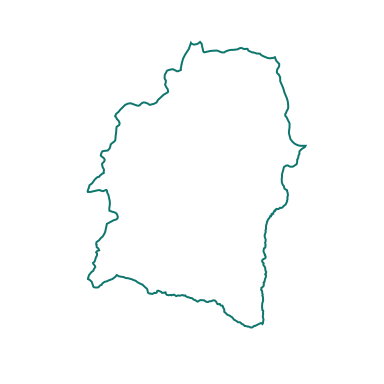 outline of Pimampiro, Imbabura, Ecuador, rotated 167°
{"feature_id": "8360857B7887344691779", "entity_name": "Pimampiro", "entity_type": "district", "adm_level": 2, "iso_a3": "ECU", "parent_name": "Ecuador", "parent_adm1": "Imbabura", "projection": "orthographic", "projection_center": [-77.94, 0.296], "detail": "fine", "context": "isolated", "style": "outline", "palette": "teal", "viewbox_px": 384, "rotation_deg": 167, "n_neighbors": 0, "source": "geoboundaries", "source_scale": "gbopen_adm2", "svg_char_len": 5987}
<svg xmlns="http://www.w3.org/2000/svg" viewBox="0 0 384 384"><g transform="rotate(167 192 192)"><path d="M153.1,47.5L152.5,48.1L151.0,51.7L151.1,54.3L150.8,55.6L150.3,56.4L150.0,58.2L149.5,59.5L149.4,60.3L150.1,61.4L149.8,62.0L149.7,64.0L148.6,67.7L147.1,70.2L147.1,71.2L146.8,71.6L146.5,74.2L146.8,75.1L146.2,75.9L146.3,77.4L146.0,80.0L146.6,80.9L146.6,81.4L146.2,81.9L145.9,83.1L144.8,83.4L143.2,84.5L143.0,85.5L142.5,86.8L142.6,87.7L141.6,88.2L140.4,90.8L139.2,92.5L138.6,94.2L139.2,95.3L138.7,95.9L138.3,96.0L137.7,97.3L137.8,98.1L138.1,98.7L137.8,101.8L138.0,102.9L138.8,104.5L138.7,105.7L138.3,106.1L138.3,106.7L138.9,107.5L139.2,108.2L139.2,109.3L138.3,110.2L137.0,110.7L136.1,110.8L135.3,111.2L134.8,112.2L134.8,113.1L135.3,113.8L134.9,114.6L135.3,115.6L135.7,118.2L134.6,120.8L134.2,121.1L133.4,121.2L133.0,121.6L132.7,122.5L132.7,123.1L132.2,123.8L132.2,126.1L131.4,127.3L130.9,129.3L131.2,131.6L131.0,133.5L129.1,136.5L129.1,137.8L128.9,138.3L128.3,139.0L127.8,141.2L127.2,143.0L126.2,144.6L125.7,146.0L125.2,146.3L124.8,147.3L123.4,148.7L123.0,148.8L121.6,150.3L121.2,150.3L121.1,150.8L120.5,150.8L120.5,151.3L119.7,151.5L119.4,152.4L119.0,152.2L118.6,152.6L118.0,152.6L118.1,153.0L117.6,153.1L116.2,154.9L115.7,154.8L115.6,155.4L115.1,155.6L114.8,155.5L113.7,156.5L113.1,156.1L112.4,156.3L111.6,155.9L109.8,156.8L109.4,156.5L107.6,156.5L105.7,157.8L103.5,158.8L101.3,161.7L101.4,162.2L100.5,163.6L100.2,165.7L99.2,167.2L99.0,170.1L99.2,171.2L99.0,172.1L99.2,172.7L100.0,173.1L101.2,174.7L101.2,177.1L102.0,178.8L102.3,181.1L101.7,184.4L100.7,187.1L100.4,188.8L96.8,195.6L94.5,196.5L92.8,196.4L90.9,194.7L88.8,194.1L87.7,194.1L83.7,195.6L82.5,198.4L82.3,199.8L81.6,200.4L80.8,201.4L80.0,203.6L78.8,204.8L78.5,206.4L78.1,207.4L76.7,208.5L74.3,209.7L73.0,210.0L71.9,210.5L71.0,211.5L75.9,212.6L77.9,213.5L79.4,214.5L81.0,215.9L82.7,218.2L83.9,220.7L84.2,221.7L84.3,227.6L83.8,229.4L82.4,233.1L81.5,236.9L83.1,243.7L83.9,245.2L83.9,246.2L83.3,247.3L82.6,247.8L81.7,249.3L79.8,251.5L79.3,252.4L78.7,255.3L78.3,259.0L78.5,262.0L79.6,268.7L79.7,272.3L81.1,280.1L80.3,284.0L81.0,286.9L82.1,288.3L82.4,289.8L81.4,292.3L79.7,293.8L78.8,294.9L78.2,297.2L80.2,300.6L80.6,302.1L80.9,304.7L82.3,304.4L86.0,304.7L88.2,305.6L92.7,308.8L94.3,310.6L94.7,311.5L97.8,312.4L100.7,314.2L102.0,314.5L105.1,316.9L105.5,317.8L105.7,319.0L109.1,319.6L111.5,321.3L113.4,321.4L114.3,321.0L115.7,320.8L119.1,321.1L122.0,321.7L124.3,321.8L127.2,321.5L129.2,320.8L130.6,321.0L132.0,321.6L135.5,324.0L136.7,324.4L142.2,325.3L148.6,325.3L149.0,325.6L149.4,326.6L149.3,334.4L150.4,336.4L151.9,335.6L153.4,335.1L154.3,335.0L156.4,335.1L157.5,335.5L158.6,336.2L159.3,336.9L159.5,337.5L162.9,332.1L167.8,327.4L170.9,323.7L172.0,321.5L172.9,320.0L173.3,318.7L173.9,318.0L174.4,316.3L175.0,315.4L175.4,313.4L178.6,312.8L179.4,313.0L182.9,315.9L184.2,316.1L187.1,316.1L189.1,315.8L190.7,313.8L191.5,313.1L192.2,312.1L192.9,309.9L193.1,308.5L192.4,306.5L192.8,304.9L194.1,302.6L193.3,299.4L192.6,297.8L192.7,295.2L193.1,294.6L197.7,293.2L204.5,289.3L206.4,287.2L209.2,286.5L213.6,286.4L215.4,288.3L217.8,289.8L219.1,290.2L220.7,289.9L222.2,289.2L223.3,288.3L224.6,288.1L226.1,288.6L231.9,292.3L234.6,292.5L237.6,291.9L243.4,288.3L245.7,286.5L248.3,285.2L249.1,284.1L249.8,283.4L249.8,282.9L249.0,281.5L248.8,280.1L247.6,278.1L247.0,275.7L247.3,274.7L247.9,273.6L250.7,272.5L251.1,271.7L252.2,268.2L253.1,265.4L253.9,263.7L254.2,262.2L255.2,259.6L256.5,258.6L259.3,257.4L260.5,256.6L261.5,254.5L262.4,253.1L263.6,252.1L264.8,251.4L268.5,251.8L270.2,251.8L271.1,250.9L272.6,248.5L272.6,247.7L270.6,245.2L270.1,244.4L269.8,242.9L270.7,241.5L273.1,239.9L273.5,239.1L273.4,237.5L273.6,236.8L272.8,233.9L273.0,232.7L273.4,231.9L273.8,230.2L275.4,230.1L276.2,229.5L277.9,228.8L279.0,227.7L280.4,227.8L281.4,227.5L284.1,225.9L287.3,223.0L290.4,221.6L291.5,219.4L292.8,217.6L293.6,215.9L293.5,215.5L291.1,214.9L283.0,214.9L281.1,214.4L280.8,214.0L278.5,212.8L275.7,213.3L274.9,213.1L274.6,212.6L274.7,210.2L274.1,207.9L274.2,201.4L274.8,198.5L276.3,194.6L276.7,192.4L274.7,191.0L271.7,189.4L270.4,188.0L270.0,186.5L269.9,184.1L270.8,182.8L271.6,182.5L272.5,182.2L274.3,182.2L282.1,180.1L285.5,172.8L286.9,170.9L289.1,168.7L291.4,167.5L293.5,165.8L296.3,164.7L297.2,162.5L296.8,162.0L297.3,159.9L297.2,159.5L296.3,158.6L295.8,157.5L295.6,156.1L297.7,155.8L299.0,154.8L298.4,153.5L298.7,151.9L299.2,151.1L300.3,150.0L301.8,147.3L302.8,145.9L304.4,145.2L304.3,144.1L303.2,141.9L303.1,140.6L304.4,139.5L306.0,137.4L308.2,136.5L311.1,134.1L313.0,130.8L313.0,130.6L311.6,129.5L309.9,127.1L309.5,123.3L309.5,122.1L309.0,121.4L308.0,120.8L305.6,120.2L304.4,120.3L303.4,121.1L302.2,121.7L301.1,121.8L300.2,122.8L298.8,123.6L297.3,124.1L294.5,124.2L293.3,124.6L289.2,125.1L285.6,126.7L284.1,128.0L283.2,127.4L282.4,126.4L279.7,125.2L277.8,124.6L276.6,123.5L275.0,122.7L273.9,122.5L269.9,120.3L269.0,119.5L267.2,118.4L266.1,117.3L265.5,116.4L261.6,113.1L261.0,112.9L260.2,111.4L257.6,107.7L257.5,107.2L257.5,103.7L256.0,102.5L255.5,102.5L254.7,102.0L253.4,101.6L251.2,102.2L250.0,101.6L248.9,102.1L248.0,103.5L247.0,103.4L244.4,101.6L244.0,100.6L243.8,100.5L242.0,100.1L240.8,100.3L240.3,100.1L240.5,99.1L239.8,97.6L238.2,96.7L235.9,96.5L235.3,96.0L234.2,96.2L233.4,95.9L232.6,96.0L230.8,94.1L228.7,94.4L227.4,93.7L225.4,93.8L223.8,93.4L223.1,92.8L222.0,92.8L221.7,92.0L220.8,91.4L220.2,90.6L218.6,90.0L217.5,89.1L216.0,88.7L214.6,86.8L212.9,85.7L212.2,84.8L211.1,83.9L208.9,84.7L207.9,84.7L204.7,83.8L202.8,81.8L201.1,81.2L200.8,81.2L199.8,81.6L197.7,81.3L195.8,81.7L194.2,81.2L193.3,80.0L192.4,77.1L191.9,76.8L191.1,76.8L190.1,76.6L189.9,75.7L189.4,74.9L187.9,74.4L187.6,73.5L187.8,72.8L187.0,70.6L187.5,67.9L186.3,66.4L186.0,65.7L185.0,64.3L183.3,63.2L181.0,60.8L179.8,58.2L177.5,56.1L176.4,54.7L174.6,54.3L173.7,53.3L173.4,52.4L171.8,51.3L170.9,49.7L169.1,49.0L168.2,48.4L167.1,48.2L165.5,46.9L164.3,46.5L163.2,46.7L161.5,47.6L160.7,47.3L154.7,48.8L154.0,48.6L153.1,47.5Z" fill="none" stroke="#0f766e" stroke-width="2"/></g></svg>